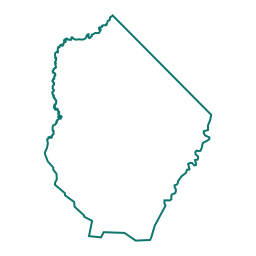 the district of Lascano, Rocha, Uruguay
{"feature_id": "84410073B78033052347779", "entity_name": "Lascano", "entity_type": "district", "adm_level": 2, "iso_a3": "URY", "parent_name": "Uruguay", "parent_adm1": "Rocha", "projection": "albers", "projection_center": [-54.358, -33.755], "detail": "fine", "context": "isolated", "style": "outline", "palette": "teal", "viewbox_px": 256, "rotation_deg": 0, "n_neighbors": 0, "source": "geoboundaries", "source_scale": "gbopen_adm2", "svg_char_len": 5199}
<svg xmlns="http://www.w3.org/2000/svg" viewBox="0 0 256 256"><path d="M66.1,38.7L66.3,39.3L66.2,39.6L66.0,39.8L65.7,39.8L65.0,39.5L64.4,39.7L64.2,40.0L64.0,40.6L65.0,40.8L65.6,41.0L65.7,41.5L65.6,41.8L65.3,42.0L64.2,42.2L63.9,42.5L63.6,43.7L63.4,44.1L63.4,44.5L63.3,44.8L63.0,45.1L62.7,45.6L62.5,45.8L62.3,45.8L61.8,45.5L61.9,45.2L62.3,44.9L62.3,44.7L62.2,44.5L61.0,44.7L60.5,45.0L59.8,45.7L59.7,45.9L59.9,46.1L59.9,46.3L59.5,47.2L59.3,47.3L59.0,47.3L58.6,47.0L58.4,47.0L58.2,47.1L58.1,47.3L58.1,48.5L57.6,49.5L58.0,51.3L57.8,52.4L57.6,52.4L57.1,52.0L56.6,51.9L55.4,52.9L55.3,53.1L55.0,54.1L55.0,54.7L55.3,56.6L55.3,57.1L55.1,57.8L55.2,58.0L55.5,58.2L55.7,57.7L55.8,57.6L56.0,57.7L56.1,57.9L56.3,59.0L56.0,59.5L55.9,60.6L55.5,60.9L55.5,61.4L55.5,61.7L55.0,62.3L55.0,62.5L55.5,62.8L55.6,63.0L55.2,63.1L55.1,63.8L55.5,64.1L55.6,64.3L55.4,65.3L55.9,66.4L56.0,67.0L55.8,67.7L55.2,67.9L54.8,68.2L54.6,68.1L54.2,68.6L54.0,69.1L53.7,69.1L53.5,69.6L53.2,70.3L53.1,70.8L52.8,70.9L52.8,71.9L53.3,72.3L53.1,72.6L53.2,72.8L53.3,72.8L53.5,72.5L53.8,72.6L54.0,72.7L54.1,73.0L54.5,73.0L54.7,73.3L54.8,73.7L55.2,73.8L55.3,74.0L55.1,74.3L55.0,74.5L55.0,74.9L55.3,75.2L55.0,75.9L54.8,75.9L54.4,76.1L54.3,76.5L54.2,76.9L54.2,77.5L54.3,78.2L54.2,78.2L53.5,78.8L53.3,78.8L53.1,79.3L53.4,79.6L53.2,79.7L52.9,80.0L52.9,80.3L52.7,80.3L52.6,80.8L52.4,80.8L52.3,81.1L52.4,81.3L53.2,81.9L53.3,82.5L53.5,82.7L54.0,82.9L54.0,83.1L53.9,83.6L54.0,83.8L54.0,84.3L53.8,84.3L53.7,84.7L53.5,84.8L53.3,85.1L53.3,85.5L53.2,85.7L52.9,85.8L52.6,86.7L52.7,87.2L52.8,88.3L52.7,88.5L53.1,89.0L53.4,89.7L53.7,89.8L53.8,90.1L54.0,90.2L54.0,90.3L53.6,91.1L52.9,91.7L52.6,92.2L52.3,92.3L52.2,92.7L52.8,94.4L53.2,94.6L53.2,95.1L53.2,95.3L53.4,95.5L53.7,95.7L53.7,96.0L53.4,96.4L53.4,96.5L53.5,96.7L53.8,96.7L53.6,97.2L53.7,97.4L54.2,97.7L54.3,98.3L54.9,98.5L55.0,98.8L55.1,99.2L55.6,100.0L55.9,100.0L56.2,100.5L56.1,101.0L56.3,102.3L56.3,102.5L56.0,102.8L56.1,103.1L56.1,103.6L56.0,103.9L55.8,104.0L55.4,104.1L55.3,104.4L55.0,104.4L54.5,104.6L54.4,104.8L54.5,105.3L54.5,105.5L54.2,105.8L54.2,106.1L54.3,106.1L54.9,106.1L55.0,106.2L55.0,106.3L54.9,106.5L54.2,106.9L54.0,107.6L54.3,107.7L54.4,107.9L54.4,108.4L54.5,108.5L55.0,108.2L55.4,108.1L55.6,108.2L55.7,108.3L55.2,108.5L55.0,109.2L55.2,109.6L55.4,109.6L55.6,109.6L55.7,109.4L55.8,109.0L55.9,108.9L56.6,109.3L56.9,109.3L57.3,109.1L57.5,109.0L57.7,109.4L57.4,110.0L57.5,110.4L57.8,110.5L58.1,110.4L58.2,111.0L58.4,111.6L58.9,111.7L59.3,112.0L59.3,112.3L59.2,112.6L59.0,112.8L58.5,112.8L58.2,113.0L58.1,113.4L58.3,113.9L58.6,114.0L58.8,114.2L59.0,114.4L59.0,114.6L59.0,114.9L58.7,115.6L58.4,116.3L58.2,116.4L58.2,116.6L58.1,116.8L58.2,117.2L58.7,117.4L59.0,117.4L59.8,117.2L60.5,116.7L60.6,116.1L60.7,115.9L61.2,116.1L61.5,116.5L61.6,116.8L61.0,118.3L60.7,118.6L60.4,118.7L60.1,118.7L59.3,118.2L58.8,118.4L58.7,118.8L58.4,119.4L58.1,119.7L57.3,120.0L56.9,120.4L56.4,121.6L56.7,121.6L56.9,121.7L56.8,122.3L56.1,123.5L55.7,123.8L55.1,124.7L54.3,124.7L54.1,124.8L53.7,125.2L53.3,125.4L53.3,125.6L53.0,125.7L52.7,126.6L52.6,127.2L52.6,128.1L52.7,129.3L52.6,130.2L52.9,130.8L53.1,130.9L53.3,130.7L53.7,131.2L53.6,131.4L53.3,131.5L53.6,133.0L53.6,134.0L52.6,134.6L52.4,135.6L51.6,136.0L51.4,136.2L51.4,136.4L51.8,137.1L51.8,137.3L51.4,137.8L51.1,137.8L50.8,137.7L50.8,137.4L50.2,137.6L50.2,137.3L50.1,137.2L49.8,137.1L49.5,136.9L48.4,137.4L48.2,138.6L47.9,139.0L47.1,139.4L47.9,143.5L46.9,148.2L44.8,152.6L45.4,155.3L47.8,161.4L53.2,167.4L53.3,169.7L56.5,173.8L56.8,179.4L55.1,182.6L54.9,184.7L64.9,193.2L65.0,195.3L74.1,201.9L74.6,206.7L84.1,215.5L84.3,216.8L92.1,220.9L89.0,236.1L101.0,237.4L103.7,232.2L124.4,232.9L135.7,240.6L150.0,240.0L151.2,237.6L154.7,225.8L165.5,205.6L164.4,203.2L164.5,200.3L169.7,200.4L171.3,199.4L171.4,195.1L172.2,194.3L173.8,193.8L175.4,192.8L175.9,190.8L175.8,189.1L174.6,187.1L174.6,185.3L177.0,184.5L177.8,183.1L178.0,181.3L181.5,176.3L186.0,172.8L186.5,171.1L187.1,169.6L189.3,169.6L189.5,168.8L188.1,164.0L189.7,163.0L192.1,163.0L193.3,164.4L194.4,165.4L195.9,165.1L196.1,163.2L195.1,161.0L195.1,160.0L197.5,159.7L198.1,158.5L198.1,156.6L195.7,154.5L195.3,152.3L196.6,150.6L198.7,151.1L200.6,150.7L201.7,147.9L202.8,143.0L206.1,141.3L209.2,139.4L209.4,137.4L205.3,135.6L203.9,133.4L203.8,131.2L208.0,130.0L208.0,125.4L210.2,119.9L211.2,114.8L112.6,15.4L112.1,15.9L111.8,16.4L110.3,17.1L110.1,17.6L109.9,19.4L109.3,20.4L108.5,20.4L107.7,21.0L107.4,21.8L107.3,22.7L106.8,23.9L106.6,24.8L105.9,24.6L105.5,25.3L103.9,25.2L103.2,25.6L102.4,25.5L101.8,26.1L101.8,27.0L100.9,27.4L100.1,27.3L99.2,27.5L99.0,28.5L99.4,29.6L100.1,29.3L100.4,29.3L100.6,29.5L100.7,29.9L100.6,30.2L99.8,31.6L99.3,32.6L98.9,32.8L98.4,33.0L97.5,33.1L95.8,33.0L95.4,33.0L94.4,33.5L93.3,34.1L91.9,34.7L91.8,34.8L91.7,35.0L91.8,36.2L91.6,36.4L90.9,36.7L89.8,38.1L89.2,38.0L88.8,37.6L88.5,36.8L88.4,35.9L88.4,35.4L88.7,34.9L88.5,34.2L88.1,34.2L87.5,34.6L86.7,35.5L86.5,36.7L85.9,37.8L85.2,38.5L84.7,38.9L83.6,39.3L82.5,39.6L79.7,39.4L78.9,39.2L77.8,39.5L75.6,39.6L74.7,39.3L74.0,39.0L72.2,37.3L71.9,37.3L71.5,37.5L71.3,37.9L71.2,38.4L71.4,39.1L71.2,39.6L70.9,39.8L70.2,39.9L69.4,39.7L67.8,39.6L67.5,39.4L67.3,38.8L67.0,38.6L66.3,38.6L66.1,38.7Z" fill="none" stroke="#0f766e" stroke-width="2"/></svg>